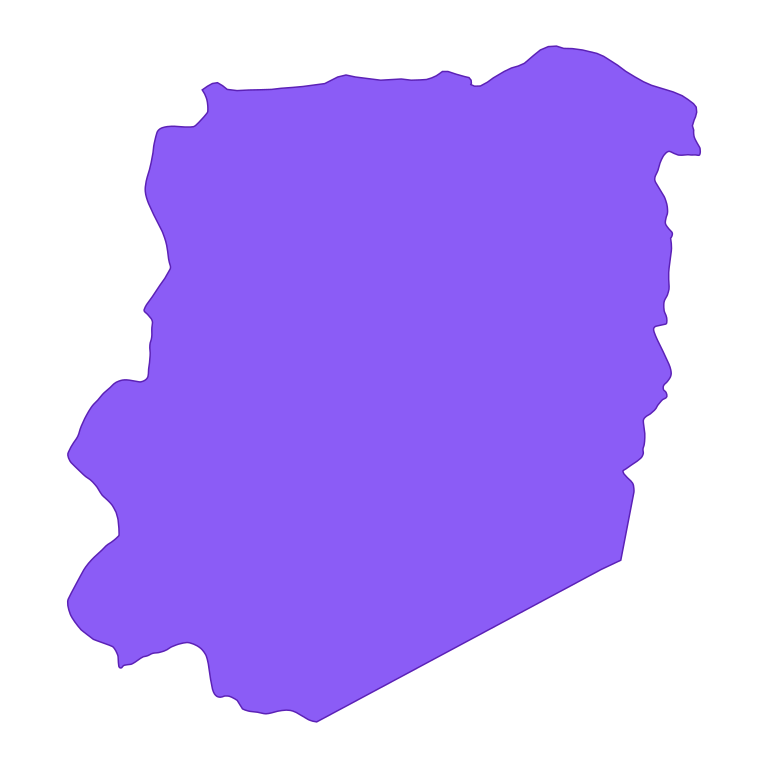 San Antonio de Flores, Choluteca, Honduras (Albers equal-area conic projection)
{"feature_id": "27666195B54922271453671", "entity_name": "San Antonio de Flores", "entity_type": "district", "adm_level": 2, "iso_a3": "HND", "parent_name": "Honduras", "parent_adm1": "Choluteca", "projection": "albers", "projection_center": [-87.34, 13.649], "detail": "fine", "context": "isolated", "style": "filled", "palette": "violet", "viewbox_px": 768, "rotation_deg": 0, "n_neighbors": 0, "source": "geoboundaries", "source_scale": "gbopen_adm2", "svg_char_len": 6020}
<svg xmlns="http://www.w3.org/2000/svg" viewBox="0 0 768 768"><path d="M601.1,569.5L620.8,560.2L633.9,492.3L634.0,490.8L633.9,488.8L633.5,485.6L633.2,484.5L632.7,483.3L630.9,481.0L627.3,477.6L624.4,474.4L623.7,473.5L623.3,472.4L623.0,471.6L623.0,470.9L623.7,470.2L625.9,468.9L631.7,464.8L637.1,461.2L640.5,458.4L641.5,457.4L642.2,456.3L642.9,454.8L643.3,453.4L643.3,452.4L643.0,450.4L643.0,448.9L643.2,447.9L644.0,445.4L644.3,443.8L644.6,441.3L644.8,437.6L644.8,433.5L643.4,422.7L643.3,420.7L643.6,419.5L644.3,418.2L645.6,416.9L646.9,415.9L650.3,413.9L654.4,410.3L656.0,408.4L657.5,405.6L658.4,404.4L660.8,401.5L662.0,400.2L662.8,399.5L663.8,399.0L665.2,398.3L665.9,397.9L666.6,397.0L666.9,396.3L666.8,394.5L666.1,392.5L665.4,391.5L663.9,390.3L663.5,389.6L663.2,388.3L663.2,386.9L663.5,385.8L664.1,384.8L665.0,383.8L666.5,382.5L667.7,381.1L669.5,378.6L670.4,377.0L670.9,375.5L671.2,373.8L671.1,372.0L670.8,370.0L670.0,367.0L668.9,364.1L663.0,351.4L657.5,340.2L655.5,335.7L654.1,332.0L653.7,330.3L653.6,329.2L653.7,328.4L654.2,327.5L654.9,326.8L655.5,326.4L656.5,326.1L665.6,324.1L666.4,323.6L666.7,322.8L666.9,320.5L666.7,317.9L666.0,315.4L664.8,312.7L664.2,311.0L663.8,307.4L663.8,304.2L664.0,302.3L664.5,300.5L665.2,299.0L666.7,296.4L667.4,295.0L668.3,292.1L669.0,289.2L669.1,286.5L668.7,279.3L668.7,272.5L669.1,267.9L671.3,251.0L671.5,248.4L671.3,243.5L670.6,238.2L671.3,237.3L671.9,236.1L672.3,234.8L672.4,233.7L672.2,232.8L671.8,232.0L668.8,228.8L667.0,226.5L665.9,224.8L665.4,223.4L665.3,222.2L665.5,220.5L666.2,217.2L667.3,214.0L667.5,212.6L667.6,211.2L667.5,209.2L667.3,206.9L666.8,204.1L665.8,200.7L665.0,198.4L664.2,196.6L655.5,182.2L654.9,180.5L654.7,179.3L654.8,178.2L655.0,177.0L655.5,175.6L657.1,172.3L658.0,170.2L660.0,163.1L661.5,159.5L663.1,156.4L664.0,155.1L665.9,153.0L667.3,151.9L668.6,151.4L669.6,151.4L671.0,151.9L674.0,153.4L677.9,154.9L678.9,155.1L681.8,155.2L688.0,154.7L691.3,155.0L695.4,154.9L698.3,155.3L699.2,155.2L699.7,154.7L700.1,153.4L700.3,151.9L700.2,150.1L700.0,148.2L699.5,147.1L697.0,142.8L695.2,139.4L694.4,137.5L694.0,136.1L693.7,134.0L693.6,131.9L693.7,130.1L692.4,125.8L694.1,120.1L695.5,116.9L696.7,112.2L696.2,107.1L693.5,103.7L688.1,99.6L682.2,95.7L673.1,91.9L651.5,85.3L643.6,81.8L634.9,76.9L625.7,71.3L617.6,65.2L603.6,56.3L596.9,53.4L582.6,50.0L572.3,48.6L563.7,48.4L556.5,46.1L548.3,46.6L540.3,50.0L533.5,55.5L524.4,63.3L518.3,66.0L511.4,68.0L504.3,71.4L493.3,77.9L487.4,82.2L480.4,86.0L474.6,86.2L470.8,84.5L471.4,83.2L471.1,80.2L469.0,77.6L464.7,76.6L456.5,74.3L448.0,71.5L442.4,71.5L439.7,73.5L436.3,75.8L431.7,77.9L426.5,79.5L420.3,79.9L411.2,80.2L401.3,79.0L380.7,80.2L355.4,77.0L346.0,75.0L337.7,77.0L324.7,83.6L302.9,86.5L293.0,87.4L281.0,88.3L271.7,89.4L259.3,89.8L249.2,90.0L237.0,90.6L227.2,89.4L222.6,85.7L217.5,82.7L212.4,83.5L207.5,86.2L202.2,89.9L203.5,92.0L204.7,94.0L206.2,97.6L206.8,99.4L207.4,102.3L207.8,106.0L207.9,108.9L207.8,111.4L207.5,112.3L206.8,113.4L203.9,116.9L198.7,122.5L195.7,125.4L194.7,126.1L193.5,126.7L190.5,127.0L184.7,127.0L174.7,126.3L171.2,126.3L167.3,126.6L164.6,127.1L162.1,127.8L160.2,128.7L158.6,130.0L157.5,131.4L156.9,132.8L155.7,137.0L154.3,143.1L153.7,146.3L153.0,152.7L151.2,162.4L149.5,169.6L147.2,177.2L146.2,181.2L145.3,187.1L145.2,189.2L145.3,191.5L145.7,194.4L146.5,197.6L147.5,200.7L148.6,203.6L153.7,214.7L161.9,230.8L162.7,232.6L164.7,238.1L165.8,241.7L166.7,245.4L167.7,251.6L168.6,259.0L169.4,262.7L170.4,266.0L170.5,267.2L170.4,268.3L170.0,269.3L164.8,278.4L160.1,285.0L152.4,296.6L146.6,304.6L145.2,307.1L144.1,309.8L144.1,310.4L144.2,311.0L144.8,311.9L147.5,314.3L151.3,318.8L152.1,320.5L152.5,322.1L152.4,323.6L151.9,327.5L151.8,329.8L151.9,334.7L151.7,337.1L151.3,339.4L150.2,342.9L149.9,345.1L149.8,347.9L150.2,352.9L150.1,355.9L149.5,362.8L148.6,369.1L148.4,373.7L148.0,376.4L147.6,377.4L147.0,378.4L146.3,379.2L145.3,380.0L144.3,380.6L143.1,381.2L140.7,381.9L139.5,381.9L129.7,380.2L126.9,379.9L124.3,379.9L122.4,380.1L120.7,380.5L118.9,381.1L116.3,382.2L114.1,383.7L113.1,384.6L110.2,387.5L104.2,392.7L102.6,394.3L97.7,400.2L94.1,403.8L92.6,405.5L91.2,407.4L88.7,411.3L86.4,415.4L84.7,418.6L81.3,426.1L80.1,429.3L78.8,433.8L77.7,436.5L76.4,438.7L73.6,442.7L70.9,447.1L68.4,452.2L67.9,453.7L67.9,455.5L68.5,457.9L69.9,460.9L71.1,462.6L75.1,466.6L83.3,474.5L85.7,476.6L90.1,479.6L92.7,482.0L95.1,484.7L96.9,486.9L97.8,488.3L100.2,492.3L102.1,495.1L103.6,496.6L107.5,500.1L109.7,502.3L111.2,504.0L112.3,505.4L113.8,507.9L115.6,511.4L116.1,512.3L117.0,515.5L117.8,518.4L118.1,520.0L118.9,528.2L119.1,534.2L119.0,535.2L118.7,535.9L116.0,538.5L114.1,540.1L111.2,542.3L107.9,544.4L105.9,546.0L102.1,549.9L94.6,556.8L91.8,559.6L88.5,563.3L85.6,567.1L83.7,570.0L79.7,577.3L71.5,592.6L68.2,599.2L67.9,600.2L67.7,601.5L67.8,603.9L67.9,605.7L68.8,609.8L70.2,614.0L70.9,615.6L72.3,618.1L74.8,621.9L78.0,626.1L81.1,629.8L84.2,632.3L93.3,639.3L96.9,640.7L109.1,645.1L112.4,646.5L113.4,647.3L114.5,648.7L115.8,650.8L116.8,652.9L117.8,655.3L118.1,656.8L118.4,662.6L118.8,666.2L119.1,666.9L119.5,667.5L120.2,667.9L120.6,667.9L121.2,667.9L121.8,667.6L123.0,666.1L123.8,665.5L124.5,665.2L127.4,664.7L130.8,664.3L131.5,664.1L132.6,663.6L135.0,662.2L140.7,658.2L143.4,656.7L146.0,656.2L147.7,655.7L149.2,655.0L151.2,653.9L152.8,653.3L154.5,653.0L156.8,652.8L158.6,652.6L161.6,651.8L163.9,651.1L167.0,649.7L170.0,647.7L171.6,646.8L176.1,645.0L178.4,644.2L183.3,643.0L187.0,642.5L188.2,642.6L189.6,642.8L193.6,644.1L197.3,645.9L199.4,647.3L200.9,648.5L202.3,649.9L203.9,651.9L205.2,653.9L206.1,655.5L207.2,658.9L208.3,663.8L210.6,679.4L212.5,689.2L213.4,691.8L214.4,693.8L215.5,695.2L216.8,696.3L218.2,696.9L219.3,697.1L220.3,697.2L222.1,696.9L224.7,696.0L227.4,696.0L229.1,696.2L231.7,697.2L234.9,698.9L237.2,700.4L242.5,708.9L245.0,710.0L248.3,711.0L250.2,711.4L257.4,712.2L263.8,713.6L265.9,713.8L268.6,713.5L271.4,712.9L277.7,711.2L281.9,710.5L286.3,710.1L290.2,710.4L292.7,711.0L296.3,712.5L307.8,719.3L309.0,719.9L310.6,720.5L312.8,721.2L316.7,721.9L601.1,569.5Z" fill="#8b5cf6" stroke="#5b21b6" stroke-width="1.5"/></svg>